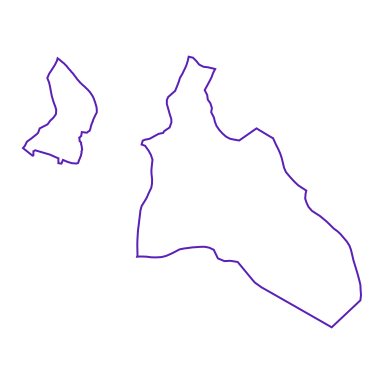 Al Mahabishah, Hajjah, Yemen
{"feature_id": "15242507B79718880947555", "entity_name": "Al Mahabishah", "entity_type": "district", "adm_level": 2, "iso_a3": "YEM", "parent_name": "Yemen", "parent_adm1": "Hajjah", "projection": "mercator", "projection_center": [43.424, 15.924], "detail": "fine", "context": "isolated", "style": "outline", "palette": "violet", "viewbox_px": 384, "rotation_deg": 0, "n_neighbors": 0, "source": "geoboundaries", "source_scale": "gbopen_adm2", "svg_char_len": 4197}
<svg xmlns="http://www.w3.org/2000/svg" viewBox="0 0 384 384"><path d="M137.1,256.7L137.7,256.6L142.3,256.5L146.7,256.7L151.3,257.3L155.7,257.4L161.3,257.1L165.9,256.0L171.0,253.8L175.4,251.6L179.5,249.4L184.0,248.5L188.9,247.9L192.9,247.3L193.6,247.3L193.8,247.3L199.3,246.9L202.5,246.8L204.9,246.8L209.3,247.7L213.8,249.8L214.0,250.3L217.9,258.4L224.4,261.1L230.2,260.8L234.8,261.5L237.7,262.0L252.6,280.0L254.9,282.6L261.5,287.3L286.8,301.7L327.1,324.7L331.7,327.3L360.4,300.3L361.0,295.0L360.6,289.7L360.4,285.0L359.4,280.7L357.9,275.0L356.3,269.6L354.7,264.4L353.4,260.1L352.2,254.9L351.0,249.9L349.4,245.6L346.8,241.5L343.8,238.0L340.7,234.3L337.4,231.2L333.8,228.6L330.5,225.3L326.7,221.6L323.2,218.7L319.8,215.9L315.7,213.3L312.0,210.9L308.6,207.0L306.7,203.1L305.2,198.7L305.2,198.4L305.6,193.7L306.3,190.6L305.8,190.3L304.5,189.4L302.1,187.9L298.2,185.3L294.7,182.0L291.7,178.8L288.7,175.4L285.9,172.0L284.0,167.6L282.9,162.8L281.7,158.0L280.2,153.5L278.2,149.0L276.2,145.1L273.0,138.1L271.3,137.3L256.5,128.4L239.2,140.5L234.6,139.7L234.1,139.6L231.7,139.1L229.9,138.7L226.0,136.6L222.6,133.6L220.6,131.4L219.1,129.7L216.5,125.9L214.9,121.8L213.9,117.5L211.2,112.2L211.9,108.0L210.4,103.3L207.8,99.6L207.6,98.3L207.2,95.0L204.7,90.1L209.4,81.5L211.6,77.1L213.1,73.0L215.2,69.0L208.0,67.3L205.4,67.0L203.3,66.7L199.2,64.6L196.3,61.0L193.0,57.7L188.7,56.7L187.7,61.1L186.3,65.5L185.9,66.5L184.3,69.8L182.4,73.8L180.0,77.8L179.1,80.8L178.7,82.0L176.9,86.6L175.1,90.9L171.6,94.0L170.6,94.9L168.2,97.0L166.9,99.9L166.8,103.8L169.3,112.6L169.4,113.1L170.7,117.2L171.3,119.1L171.4,122.5L169.6,127.5L164.2,131.1L163.2,132.9L161.3,133.3L158.5,133.9L149.6,138.8L145.6,139.6L144.4,139.9L142.7,140.7L141.6,144.5L145.1,145.8L148.8,151.0L150.9,154.9L152.3,159.2L152.5,159.7L151.7,166.9L151.4,170.3L151.5,173.9L152.1,179.3L152.0,183.8L151.4,187.0L151.3,187.7L149.0,192.5L146.6,198.0L144.2,201.9L141.6,206.1L140.4,210.6L139.9,215.2L139.2,220.7L138.7,225.1L138.0,230.2L137.7,235.1L137.4,240.3L137.3,245.2L137.4,250.2L137.5,255.3L137.1,256.7ZM23.0,148.1L32.3,155.5L32.9,155.7L33.4,155.2L33.4,151.3L35.2,150.3L49.9,154.6L54.3,156.6L58.4,158.3L58.4,163.2L61.4,163.6L63.0,159.9L67.3,161.8L71.9,163.2L76.4,163.5L78.0,163.1L78.2,162.6L78.4,162.1L78.7,161.5L78.7,160.9L79.1,160.1L79.3,159.5L79.6,159.0L79.9,158.3L80.1,157.7L80.3,157.1L80.5,156.6L80.8,156.2L80.9,155.7L81.0,155.2L81.2,154.5L81.3,153.7L81.6,153.0L81.5,151.4L82.1,149.9L82.1,149.1L82.1,148.5L81.8,148.1L81.8,147.2L81.7,146.5L81.6,145.9L81.4,145.1L81.1,144.4L81.1,142.6L79.8,141.2L79.6,141.0L79.6,140.4L79.6,139.7L79.2,137.7L80.1,137.2L80.3,136.8L80.8,136.2L81.2,136.0L81.8,132.1L86.8,132.7L88.2,131.6L88.6,131.3L89.2,131.1L89.6,130.8L89.8,130.2L90.1,129.4L90.3,129.0L90.5,128.3L90.7,127.5L90.7,127.0L90.9,126.4L91.1,125.7L91.4,124.8L91.7,124.0L91.8,123.5L92.2,122.6L92.4,122.2L92.8,121.5L92.8,120.7L93.2,119.9L93.5,119.1L93.9,118.2L94.2,117.6L94.6,116.7L95.1,115.8L95.5,114.8L96.2,113.6L96.5,113.0L96.7,112.6L96.8,112.1L96.8,111.3L96.8,110.7L96.8,110.2L96.7,109.4L96.7,108.7L96.6,107.7L96.4,106.9L96.2,105.7L95.9,105.3L95.8,104.6L95.3,103.0L95.1,102.2L94.7,101.2L94.3,100.0L93.9,98.9L93.6,98.2L93.4,97.7L93.1,97.1L92.9,96.6L92.6,96.2L92.2,95.5L91.9,95.1L91.6,94.5L91.1,93.9L90.7,93.2L90.4,92.8L90.3,92.5L89.9,92.1L89.6,91.7L89.1,91.2L88.3,90.3L87.9,89.8L87.3,89.2L86.9,88.9L86.4,88.3L86.0,88.1L85.2,87.2L84.6,86.6L84.0,86.2L83.1,85.3L82.7,85.0L82.4,84.7L81.8,84.1L81.3,83.6L80.5,83.0L80.1,82.5L79.7,82.0L78.8,81.0L78.3,80.5L78.0,80.1L77.4,79.4L76.8,78.7L76.1,77.7L75.7,77.0L75.1,76.4L74.6,75.7L74.0,74.9L73.3,73.9L72.9,73.5L72.5,72.9L71.7,72.2L71.3,71.8L71.0,71.3L70.6,70.8L70.3,70.4L70.0,70.1L69.6,69.7L69.1,69.1L68.7,68.7L67.9,67.7L67.4,67.1L66.9,66.5L66.6,66.0L66.2,65.6L65.7,65.2L65.1,64.6L64.5,63.9L63.9,63.3L63.1,62.7L62.3,62.1L61.7,61.6L61.2,61.1L60.5,60.6L59.9,60.0L59.4,59.6L58.7,59.2L58.3,58.8L57.6,58.3L56.9,60.9L54.9,64.9L52.4,68.8L49.2,73.7L47.3,78.1L49.0,82.2L50.0,86.5L50.9,91.4L51.8,96.0L53.2,100.9L54.7,105.2L54.9,105.4L56.2,109.7L56.1,111.9L55.9,114.2L53.4,117.7L50.2,120.7L47.5,124.4L39.7,128.4L38.2,132.6L37.2,133.8L31.7,138.2L26.9,141.7L25.0,145.6L23.2,147.9L23.0,148.1Z" fill="none" stroke="#5b21b6" stroke-width="2"/></svg>